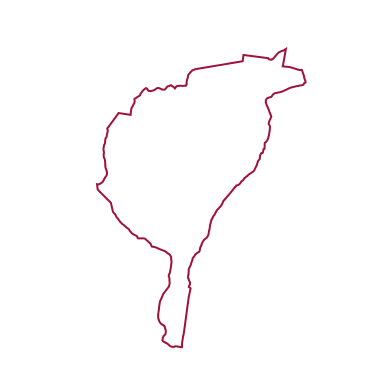 outline of San Rafael, Heredia, Costa Rica, rotated 189°
{"feature_id": "36466004B33619943127012", "entity_name": "San Rafael", "entity_type": "district", "adm_level": 2, "iso_a3": "CRI", "parent_name": "Costa Rica", "parent_adm1": "Heredia", "projection": "mercator", "projection_center": [-84.081, 10.06], "detail": "fine", "context": "isolated", "style": "outline", "palette": "rose", "viewbox_px": 384, "rotation_deg": 189, "n_neighbors": 0, "source": "geoboundaries", "source_scale": "gbopen_adm2", "svg_char_len": 6017}
<svg xmlns="http://www.w3.org/2000/svg" viewBox="0 0 384 384"><g transform="rotate(189 192 192)"><path d="M287.0,184.8L285.5,179.6L270.4,168.6L267.0,160.1L266.0,159.1L264.9,158.3L264.5,158.1L262.6,155.4L261.3,154.4L258.5,151.5L255.6,149.3L255.4,149.3L254.2,148.8L253.6,148.2L252.5,147.6L251.4,146.8L248.6,145.4L248.1,144.8L247.3,143.8L245.4,142.2L243.9,141.2L240.8,140.2L240.3,140.2L239.6,139.8L239.0,139.3L238.8,138.5L238.3,137.9L236.7,137.9L235.6,138.2L233.8,138.4L233.2,138.6L231.6,138.6L231.1,138.5L230.2,138.0L229.9,137.7L228.0,136.6L227.3,136.0L225.9,135.2L225.4,134.7L225.2,134.7L224.6,134.1L223.4,132.1L223.1,131.8L220.7,131.8L218.0,131.4L216.3,130.8L209.8,129.4L207.6,128.5L206.9,127.9L205.3,127.2L204.9,127.1L204.8,126.9L204.2,126.6L203.7,126.1L202.4,124.5L202.1,122.6L201.8,121.9L201.8,121.2L201.4,120.7L201.4,119.7L201.2,118.9L201.2,116.8L201.1,116.4L201.2,108.8L201.3,108.2L201.9,106.9L201.9,106.0L201.8,105.1L201.1,103.9L200.6,102.5L200.6,101.8L200.4,101.5L200.4,100.8L199.8,98.7L199.8,97.3L200.0,95.1L204.7,86.4L204.9,84.6L205.2,84.0L205.4,82.6L205.6,82.4L205.6,81.7L206.3,79.8L206.3,79.0L206.5,78.8L206.5,72.6L206.3,72.0L206.3,65.5L206.1,65.2L206.1,64.5L205.9,64.3L205.9,63.6L205.6,61.9L205.2,61.5L205.0,60.9L204.6,60.3L204.5,60.0L203.6,58.5L203.1,58.0L202.2,57.2L201.3,56.8L200.7,56.3L198.7,55.7L198.7,55.4L198.5,55.2L198.2,55.2L197.9,54.7L197.7,54.1L197.5,53.8L197.5,53.5L196.9,52.7L196.9,52.3L196.4,51.6L196.0,50.0L196.0,47.5L196.7,46.3L197.6,45.2L197.8,43.8L198.0,43.7L198.0,40.8L197.2,40.0L195.4,39.2L195.0,39.2L194.4,38.9L193.7,38.9L193.4,38.6L192.8,38.5L191.2,37.5L190.1,36.7L188.9,36.2L187.9,36.0L186.5,36.0L184.9,36.5L184.2,37.1L177.7,37.1L177.7,38.1L178.2,41.4L178.2,49.0L178.0,49.6L178.0,52.0L178.8,88.0L178.3,96.4L178.5,96.8L178.8,97.1L179.8,97.4L180.3,97.8L180.3,98.6L179.6,100.2L179.6,101.3L179.8,102.2L180.2,102.9L181.4,104.7L181.8,105.8L182.3,106.2L182.7,107.9L182.7,109.7L182.5,110.1L182.5,110.7L182.8,111.7L182.8,113.2L183.2,114.9L182.7,117.1L181.9,119.4L181.4,122.9L181.0,124.6L181.0,126.5L180.5,127.7L180.0,128.3L179.5,129.2L179.2,130.4L178.5,131.3L176.3,133.6L175.7,134.0L175.4,134.5L175.2,135.5L175.2,138.1L175.0,138.6L175.0,139.2L174.6,140.1L174.5,140.9L174.4,140.9L174.3,142.3L173.7,144.3L172.3,147.2L170.5,148.8L169.3,151.3L169.2,152.3L169.1,152.5L169.1,156.5L168.9,157.1L168.9,163.2L168.7,163.9L168.7,166.4L168.5,166.7L168.5,167.4L168.3,167.6L168.3,168.0L168.0,168.5L167.9,169.2L167.6,169.7L167.2,171.3L166.9,171.8L166.5,172.8L166.2,173.1L165.8,174.0L165.6,175.0L165.3,175.6L165.1,176.8L164.7,177.3L164.7,177.6L164.6,177.8L164.5,178.1L163.2,179.7L162.4,181.2L161.7,182.0L161.0,183.2L161.0,183.5L160.4,184.8L160.4,185.1L160.2,185.3L160.2,185.7L159.9,186.6L159.7,188.0L159.2,188.6L158.7,189.5L158.4,189.6L158.1,190.2L158.1,190.6L157.8,190.7L157.7,191.0L157.0,192.1L156.8,192.7L155.7,194.1L155.7,194.5L155.1,195.1L154.5,196.3L154.1,196.7L153.6,197.9L153.3,198.2L150.3,203.5L150.0,203.5L149.2,205.4L147.4,206.1L146.7,206.8L145.7,208.2L145.0,210.0L144.5,210.7L143.7,211.2L143.3,211.8L142.2,214.1L141.5,214.8L140.6,215.9L139.9,216.4L139.0,217.9L134.7,221.8L134.0,222.9L133.3,225.0L133.2,225.7L132.3,228.2L132.1,229.9L131.8,231.5L131.8,232.3L131.3,233.6L130.6,234.5L130.3,235.0L130.4,239.3L130.0,240.1L129.7,241.1L129.3,241.4L128.4,241.6L128.2,242.1L128.0,245.6L127.3,245.8L127.2,246.1L127.2,247.0L127.4,247.6L127.4,249.2L127.7,250.3L127.8,251.9L126.6,253.2L125.7,255.0L125.2,256.9L125.1,259.0L124.9,259.9L124.9,265.8L125.1,267.0L125.1,268.3L125.7,269.9L126.8,271.0L127.0,271.4L126.9,272.8L126.4,275.3L125.4,278.7L126.1,280.1L127.0,281.4L127.0,281.9L127.8,282.7L128.7,284.7L129.0,285.0L129.6,286.2L130.0,286.6L130.7,287.8L130.7,288.1L131.6,289.0L132.0,290.0L132.4,290.5L132.8,291.7L133.1,291.9L133.2,292.2L133.3,293.6L133.5,294.1L132.7,296.1L130.7,297.4L128.6,298.3L127.9,299.6L127.8,299.8L127.6,300.1L127.4,300.8L125.7,302.5L119.5,304.8L114.0,308.4L113.7,308.7L113.3,308.9L112.3,309.7L111.8,309.9L111.1,310.4L109.3,311.2L108.1,311.7L107.6,312.0L106.5,312.3L104.9,313.1L104.2,313.1L102.0,314.1L99.3,314.9L98.8,315.4L98.6,316.1L97.9,317.1L97.9,317.3L97.7,317.3L97.0,318.0L97.0,318.5L97.4,319.5L97.8,320.1L98.8,321.9L99.2,322.7L99.2,323.2L99.4,323.6L99.5,324.0L100.6,326.0L102.0,328.6L102.5,329.7L103.1,329.8L104.2,329.4L106.5,329.4L106.6,329.5L108.8,329.8L111.6,330.3L113.9,330.5L114.4,330.7L122.0,330.3L121.6,348.0L123.9,345.9L124.9,345.7L128.4,343.2L132.7,336.3L133.4,336.0L134.0,335.1L136.9,335.1L137.6,336.1L162.6,335.4L162.4,329.1L208.3,313.7L208.8,313.2L210.4,312.4L211.0,311.8L213.1,308.7L214.1,306.7L214.0,304.6L214.5,301.8L214.5,299.3L214.4,298.2L214.1,297.8L214.1,297.4L214.4,296.9L214.5,296.3L214.7,295.9L216.1,295.8L217.7,295.3L219.7,295.2L221.6,294.8L223.1,294.4L224.0,293.8L225.1,291.6L226.5,292.8L228.4,293.6L229.1,294.1L229.9,294.1L231.2,293.0L232.0,292.8L232.9,292.3L233.8,290.5L235.0,288.9L235.9,288.6L237.8,288.6L238.9,289.0L239.9,289.2L240.3,289.4L240.9,289.5L241.3,289.4L242.3,289.4L244.1,287.9L245.2,286.7L248.6,285.1L250.6,285.1L251.7,285.8L252.1,286.6L252.6,287.1L253.4,287.4L253.9,287.3L254.5,286.7L256.5,284.3L257.0,283.3L257.4,282.4L258.2,281.0L258.3,279.8L258.8,278.9L260.7,277.4L261.7,276.3L263.1,275.3L263.4,274.9L263.3,273.9L262.8,272.8L262.8,271.0L263.0,270.4L263.2,270.2L263.5,269.3L263.6,268.7L264.9,265.2L264.9,262.1L264.7,258.6L276.8,258.5L284.2,244.1L284.2,243.8L285.6,241.8L285.6,241.1L284.9,240.1L284.8,237.1L285.0,235.6L285.0,233.1L285.1,232.7L285.8,231.5L285.8,229.0L285.6,227.7L285.6,226.3L286.2,224.6L286.2,220.7L285.9,219.5L285.5,218.5L285.5,218.1L285.1,217.2L285.1,215.4L285.0,214.4L284.6,212.8L283.3,210.7L283.0,209.9L282.2,206.9L281.9,205.0L281.7,204.1L281.5,203.8L281.5,203.3L280.9,201.8L280.6,201.5L280.5,201.1L279.7,200.0L279.6,199.1L279.0,198.2L278.8,196.3L278.9,195.2L279.1,194.9L279.2,194.5L280.1,192.7L280.4,191.7L280.7,191.5L280.9,190.2L281.1,189.9L281.4,188.9L281.9,187.9L282.2,187.7L282.5,187.1L284.3,185.6L284.6,185.6L285.5,184.9L285.8,184.9L286.1,184.7L287.0,184.8Z" fill="none" stroke="#9f1239" stroke-width="2"/></g></svg>